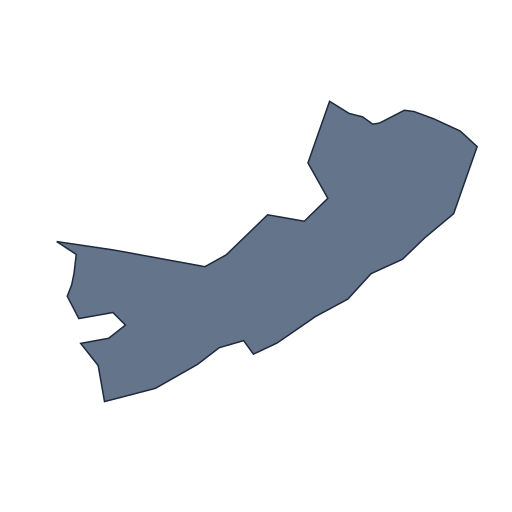 Uychi, Namangan, Uzbekistan (Equal Earth projection), rotated 10°
{"feature_id": "79887680B4348480109525", "entity_name": "Uychi", "entity_type": "district", "adm_level": 2, "iso_a3": "UZB", "parent_name": "Uzbekistan", "parent_adm1": "Namangan", "projection": "equal_earth", "projection_center": [71.866, 41.057], "detail": "fine", "context": "isolated", "style": "filled", "palette": "slate", "viewbox_px": 512, "rotation_deg": 10, "n_neighbors": 0, "source": "geoboundaries", "source_scale": "gbopen_adm2", "svg_char_len": 661}
<svg xmlns="http://www.w3.org/2000/svg" viewBox="0 0 512 512"><g transform="rotate(10 256 256)"><path d="M270.5,353.1L291.9,338.0L325.3,305.1L353.9,282.5L372.5,253.3L400.8,233.8L419.1,208.7L443.3,180.0L454.8,109.9L435.5,97.5L407.1,90.0L386.5,86.3L376.8,86.7L354.6,103.6L348.1,105.9L336.8,100.5L322.9,99.4L301.6,90.9L291.0,155.3L316.7,186.7L297.5,213.4L260.3,213.4L226.5,260.0L207.5,275.4L115.5,274.8L57.2,276.4L78.7,285.7L79.8,304.7L79.5,316.2L77.1,328.4L92.4,348.4L124.9,336.5L139.4,346.7L125.2,362.6L98.5,372.5L119.6,391.3L132.1,425.7L179.9,403.8L217.2,372.9L235.8,352.6L258.5,341.5L270.5,353.1Z" fill="#64748b" stroke="#1e293b" stroke-width="1.5"/></g></svg>